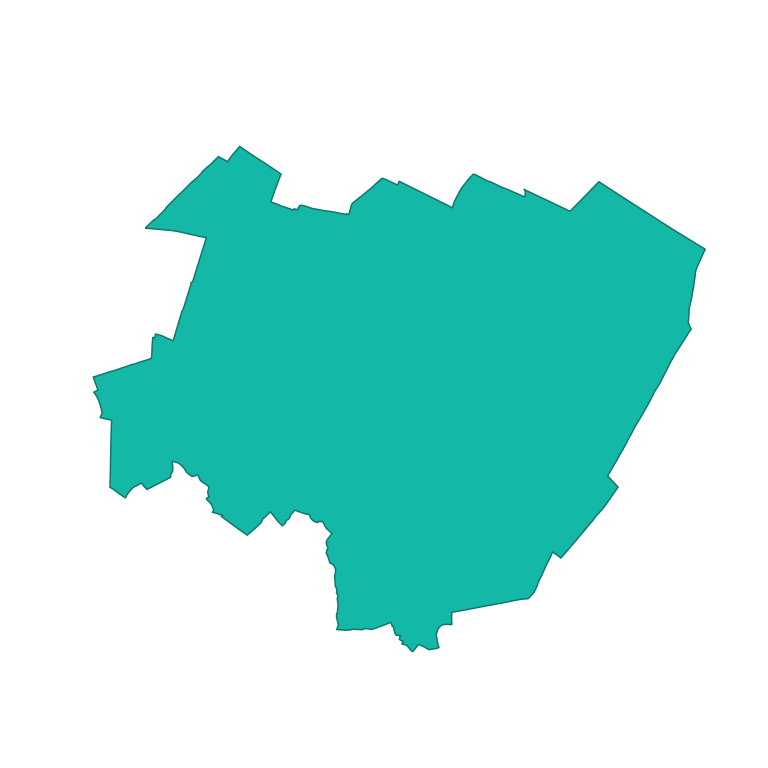 the district of Dumbraveni, Vrancea, Romania, rotated 285°
{"feature_id": "2599482B91925351810822", "entity_name": "Dumbraveni", "entity_type": "district", "adm_level": 2, "iso_a3": "ROU", "parent_name": "Romania", "parent_adm1": "Vrancea", "projection": "mercator", "projection_center": [27.087, 45.55], "detail": "fine", "context": "isolated", "style": "filled", "palette": "teal", "viewbox_px": 768, "rotation_deg": 285, "n_neighbors": 0, "source": "geoboundaries", "source_scale": "gbopen_adm2", "svg_char_len": 6171}
<svg xmlns="http://www.w3.org/2000/svg" viewBox="0 0 768 768"><g transform="rotate(285 384 384)"><path d="M635.0,539.2L633.5,538.4L617.0,529.2L599.0,519.0L608.1,469.3L606.3,470.6L603.1,471.7L601.2,471.1L601.5,468.7L603.7,454.2L604.6,446.4L605.6,441.2L606.5,436.4L606.8,434.7L606.9,432.1L607.3,429.6L608.5,424.4L608.9,422.5L609.1,421.0L609.8,418.1L609.9,417.1L609.7,415.8L602.9,412.2L599.7,411.0L597.6,410.0L593.8,408.4L589.7,407.2L585.3,406.3L582.2,405.5L578.1,404.7L575.2,404.4L572.0,404.6L583.7,346.3L579.8,345.7L580.0,343.9L581.8,333.9L582.2,331.2L582.3,329.5L581.8,328.6L576.2,324.9L570.8,321.5L568.9,320.2L561.6,315.0L550.3,306.5L548.7,306.5L548.1,306.2L538.8,306.2L538.7,303.9L538.0,303.9L537.8,300.4L537.5,297.5L537.2,292.0L536.6,286.4L536.3,283.7L536.0,282.7L535.8,278.9L535.1,270.7L535.0,269.2L535.1,266.8L535.3,264.7L535.4,261.2L535.3,259.6L535.3,258.8L535.3,258.3L535.2,257.5L534.9,256.9L534.4,256.2L532.2,256.0L532.2,255.6L529.9,255.5L530.0,251.8L528.5,251.8L528.9,246.9L529.0,243.8L529.3,239.4L529.4,239.0L529.5,238.2L530.2,232.5L530.6,227.6L542.3,228.4L560.1,230.2L566.8,210.9L568.8,204.4L571.7,195.8L574.6,187.4L576.1,183.2L567.4,178.9L563.9,177.4L560.1,176.0L558.3,175.4L560.2,167.9L560.6,165.9L560.9,165.3L550.1,158.9L548.7,157.8L542.2,153.5L540.9,153.3L539.5,152.6L535.5,150.4L531.4,147.6L528.7,145.7L518.4,139.8L513.6,136.8L500.0,129.0L497.8,127.9L495.3,127.0L489.3,123.6L485.8,121.7L484.1,120.5L482.8,119.1L479.6,117.1L473.2,113.3L472.8,113.5L475.7,129.7L476.0,131.6L477.4,140.0L478.0,146.2L478.2,149.9L478.3,154.6L478.9,167.6L479.3,173.0L479.5,174.4L477.3,174.4L467.6,174.1L464.4,173.9L432.9,172.7L432.1,171.4L430.1,171.8L429.5,171.8L426.7,171.6L404.0,170.7L403.4,170.6L403.0,170.3L402.7,170.1L394.9,169.8L378.8,169.4L371.7,169.2L371.4,169.2L371.2,168.9L371.4,167.9L371.6,166.2L371.9,164.8L372.1,162.2L372.2,161.1L372.9,158.8L373.1,156.9L373.2,150.5L372.6,150.4L369.3,150.6L369.2,150.2L369.0,148.6L361.0,150.1L351.2,152.4L349.5,152.4L348.2,152.2L347.6,151.4L341.6,142.0L338.5,137.5L338.1,136.3L336.9,134.4L334.2,130.5L333.3,129.3L331.4,126.2L327.0,119.8L324.7,115.7L319.8,108.3L315.4,101.4L304.4,109.0L304.0,109.1L301.0,105.8L297.6,109.8L295.0,112.1L292.9,113.6L289.9,115.5L283.9,119.0L282.6,119.3L279.5,118.7L278.1,118.6L278.2,122.9L278.6,130.3L273.3,131.4L259.6,134.7L240.7,139.3L223.9,143.5L213.3,146.0L213.2,146.5L212.7,148.5L210.2,155.0L207.1,163.2L207.2,163.5L208.0,164.1L208.8,164.2L210.4,164.3L214.3,166.0L217.6,167.5L218.5,168.1L219.9,169.3L221.7,171.3L224.7,174.4L225.6,175.2L225.4,175.6L223.2,178.5L222.1,180.2L220.8,182.4L233.3,196.2L236.9,200.1L237.7,200.9L238.6,202.0L240.2,201.6L242.2,201.7L244.3,202.2L245.8,202.3L246.9,202.1L250.6,200.9L254.0,199.5L254.5,199.9L254.6,203.0L254.4,206.2L252.8,209.7L251.0,212.5L249.7,214.0L247.7,216.1L246.9,217.6L245.4,221.1L245.2,222.1L245.1,222.8L245.4,223.8L247.0,225.8L248.0,227.1L248.0,227.7L245.2,230.0L243.8,231.1L242.8,232.5L242.3,233.6L242.0,234.9L241.3,236.9L240.7,239.0L239.0,241.8L236.2,241.6L235.0,241.9L234.0,241.6L231.7,242.8L229.4,244.3L228.8,243.2L227.7,242.2L226.5,242.5L225.9,243.9L224.6,246.3L222.6,249.0L218.0,252.2L215.7,251.6L215.8,257.5L215.2,258.3L215.7,261.8L215.6,262.0L213.9,261.3L213.0,263.8L206.8,279.5L202.6,291.0L212.6,297.8L217.8,300.9L220.2,301.6L222.1,301.8L231.1,307.5L223.4,317.8L220.7,322.6L222.1,323.5L223.4,324.2L224.2,324.7L225.9,324.7L227.0,325.2L228.0,325.9L228.4,326.6L229.6,327.2L230.7,327.5L233.5,327.7L237.9,329.9L239.0,330.7L238.2,340.5L238.4,345.7L235.5,347.9L233.7,350.6L233.2,352.4L232.9,354.1L232.9,355.3L234.2,356.8L234.5,357.4L235.2,360.4L232.6,362.7L230.8,364.6L229.4,365.9L228.6,367.8L226.0,372.3L222.7,371.0L219.3,369.6L216.4,369.1L214.4,369.8L211.1,372.4L208.8,371.8L206.2,371.9L204.7,372.6L203.4,374.0L201.4,375.4L197.2,378.0L196.4,381.4L195.1,383.0L192.7,385.2L188.6,386.0L186.3,386.0L184.7,386.4L176.0,389.4L174.0,391.1L172.7,391.7L169.9,392.2L168.3,394.0L166.3,394.5L164.5,394.4L159.3,396.6L156.6,397.3L154.0,397.6L151.5,398.1L149.9,397.8L147.4,398.2L145.2,399.1L141.8,401.1L139.0,402.4L137.9,402.1L134.6,401.9L136.2,410.4L137.6,415.0L138.1,415.6L138.8,416.9L139.3,418.4L140.8,425.5L141.2,427.0L141.5,427.4L142.3,427.3L142.4,427.6L142.6,428.7L143.2,430.9L143.3,431.9L143.5,433.3L143.4,433.9L143.6,435.4L144.4,436.8L145.8,438.9L147.9,441.7L149.8,444.6L153.1,449.1L155.4,452.1L155.5,452.3L154.7,453.0L152.2,454.7L152.3,455.1L151.3,456.2L148.1,457.9L146.8,458.7L146.3,459.1L144.9,460.1L144.6,460.6L144.5,460.9L145.0,463.6L145.1,464.8L141.3,465.0L140.6,466.9L140.8,468.8L137.5,468.7L137.6,472.2L137.5,473.4L136.5,475.1L134.8,477.5L133.4,479.3L133.0,480.8L133.1,481.2L135.1,482.0L138.3,483.5L139.7,483.9L140.7,484.4L141.1,484.7L141.2,485.8L140.5,490.8L140.0,492.3L139.5,493.7L139.4,495.0L139.1,496.2L142.1,503.1L143.3,504.9L143.7,505.3L146.9,503.2L150.2,501.8L155.5,499.2L159.3,499.6L161.3,499.4L165.4,501.6L166.5,502.6L168.0,506.3L168.0,506.7L168.8,510.0L168.9,510.8L169.4,511.7L173.0,510.6L176.4,509.6L179.5,509.0L181.0,508.5L187.6,522.7L191.1,529.8L194.7,537.2L201.5,551.5L202.4,553.7L203.1,554.9L205.9,560.6L208.4,565.5L209.1,567.0L210.9,570.7L212.0,573.3L212.9,575.7L213.4,577.1L213.7,578.4L214.6,579.2L215.8,579.9L221.5,582.8L228.7,584.2L231.5,584.3L235.4,584.9L241.3,586.1L248.2,587.1L253.8,588.2L258.9,589.4L265.1,590.3L265.3,590.7L265.0,591.7L264.6,592.3L263.8,594.9L261.7,599.9L274.1,605.9L289.3,613.1L299.7,617.9L307.1,621.4L309.3,622.1L312.1,623.3L313.9,624.4L317.8,626.4L319.3,627.3L324.7,629.4L330.2,631.4L331.4,632.0L335.6,633.3L341.8,635.7L345.0,636.8L353.0,624.0L354.9,624.2L356.5,624.8L363.5,626.6L369.1,628.2L375.4,629.7L386.2,632.7L389.7,633.5L394.6,634.4L395.5,634.6L399.6,635.8L403.6,636.5L406.2,637.3L409.8,638.1L415.5,639.8L422.4,641.7L430.9,643.9L437.9,645.6L445.2,647.0L448.6,647.9L453.0,649.4L455.1,650.0L457.2,650.5L462.3,651.6L465.2,652.1L468.9,653.0L472.0,653.6L473.4,653.9L479.8,655.2L480.9,655.6L488.6,657.4L494.2,659.3L502.6,662.0L510.4,664.5L512.2,664.8L516.4,666.6L521.8,662.1L530.8,660.4L535.9,659.2L541.3,659.1L546.9,658.8L558.5,657.8L571.0,656.3L572.0,655.9L576.5,655.9L597.3,659.3L607.5,624.9L611.3,612.6L616.5,596.7L626.1,566.5L635.0,539.2Z" fill="#14b8a6" stroke="#0f766e" stroke-width="1.5"/></g></svg>